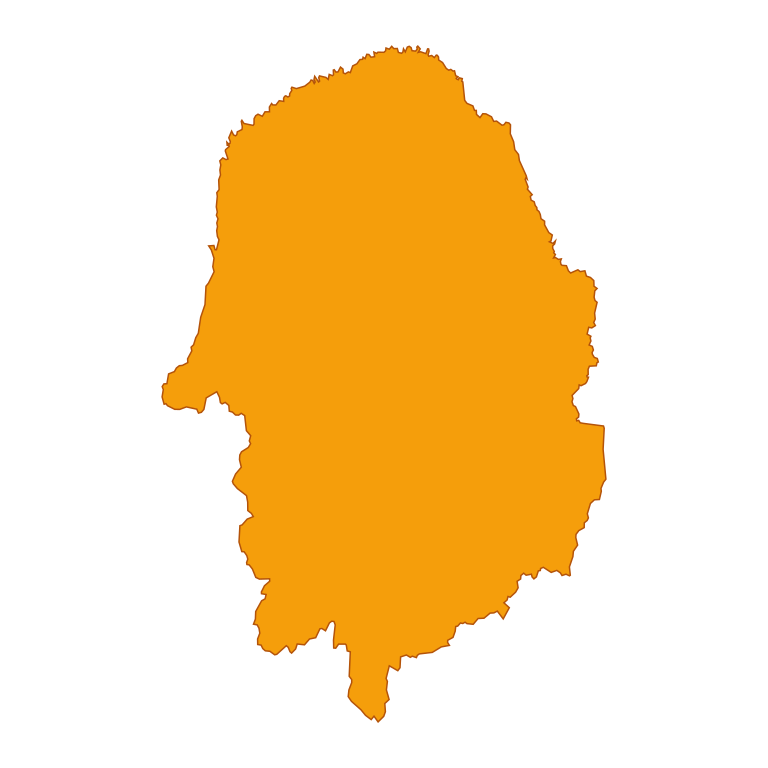 Betroka, Anosy, Madagascar (Equal Earth projection)
{"feature_id": "10022922B59412081262724", "entity_name": "Betroka", "entity_type": "district", "adm_level": 2, "iso_a3": "MDG", "parent_name": "Madagascar", "parent_adm1": "Anosy", "projection": "equal_earth", "projection_center": [45.864, -23.412], "detail": "fine", "context": "isolated", "style": "filled", "palette": "amber", "viewbox_px": 768, "rotation_deg": 0, "n_neighbors": 0, "source": "geoboundaries", "source_scale": "gbopen_adm2", "svg_char_len": 6020}
<svg xmlns="http://www.w3.org/2000/svg" viewBox="0 0 768 768"><path d="M211.3,249.9L214.0,258.3L212.8,266.7L214.1,271.7L208.5,283.1L206.0,286.2L205.0,304.6L200.7,317.3L198.3,333.3L195.8,337.6L193.6,344.8L191.1,347.2L191.8,350.9L187.6,358.8L187.8,362.6L182.4,365.4L179.3,365.7L176.4,368.0L174.4,371.6L168.6,373.9L166.9,383.7L163.9,383.9L162.2,386.6L163.3,389.6L162.1,396.9L164.1,404.2L166.0,403.7L167.5,405.7L174.7,409.3L179.7,409.4L186.4,406.9L196.8,409.2L198.5,413.1L201.4,412.3L203.9,409.4L206.2,397.9L216.8,391.7L219.5,397.3L220.4,402.6L222.1,403.9L225.2,402.4L228.8,405.4L229.3,411.2L232.5,412.1L235.5,415.0L238.7,415.1L241.2,413.3L244.7,415.6L246.4,430.7L250.7,435.7L249.3,440.9L250.6,443.7L248.3,447.5L241.5,451.8L239.8,455.0L239.5,459.7L241.3,467.2L235.6,474.0L232.4,481.3L233.3,483.8L237.4,488.6L246.5,495.6L247.7,502.2L247.8,510.6L251.4,513.4L253.3,516.6L247.2,519.1L242.1,524.9L239.9,525.7L239.0,542.0L241.8,551.6L244.2,551.8L246.8,555.6L247.8,559.1L246.6,562.5L246.9,564.5L249.2,564.9L252.4,569.0L255.8,577.4L259.4,579.1L269.6,578.8L269.7,581.2L264.5,585.7L261.4,591.9L261.5,593.7L266.1,594.5L265.1,598.8L261.6,600.8L255.7,611.5L255.4,619.1L253.5,624.2L257.2,624.9L259.0,628.3L259.8,633.2L257.6,639.0L257.7,644.5L261.1,645.1L262.8,648.6L265.3,650.8L269.9,651.3L274.7,654.8L276.8,654.3L286.3,645.7L288.2,647.3L290.0,651.7L291.6,653.1L295.6,649.0L297.2,644.0L304.5,644.8L309.5,639.0L315.7,637.7L319.9,628.8L321.9,628.5L325.5,630.8L329.4,622.9L331.8,621.2L334.0,621.5L335.2,624.9L333.5,640.1L333.7,648.0L335.7,648.2L338.6,644.1L345.4,644.1L346.3,645.1L347.2,650.9L350.3,651.8L349.2,676.3L351.7,679.6L351.7,682.6L348.9,690.0L348.2,696.6L351.5,701.4L361.0,709.8L365.5,715.3L371.2,719.6L374.0,716.2L378.1,721.9L383.7,716.4L385.4,711.7L384.8,703.5L389.1,699.5L386.4,689.9L387.4,681.4L386.1,678.5L389.3,665.8L397.8,670.7L400.0,667.7L400.6,656.9L406.4,655.0L410.3,657.3L412.3,656.2L416.4,657.6L417.3,655.4L419.3,653.9L432.3,652.4L441.3,646.9L449.4,645.4L447.6,642.4L447.7,640.3L453.0,637.4L455.2,631.2L455.7,626.5L457.7,626.1L460.4,623.0L462.8,623.5L465.1,622.2L466.9,623.6L473.2,624.3L478.1,618.5L484.0,618.2L490.1,613.1L493.9,612.9L497.3,611.1L503.2,618.9L509.3,607.7L503.9,602.8L507.1,600.0L508.0,596.5L510.2,597.2L515.6,592.2L518.1,587.8L517.1,581.3L520.6,579.0L520.9,575.5L523.7,573.2L526.1,575.2L531.4,574.2L532.1,577.0L533.9,578.9L536.4,576.9L538.3,570.9L540.3,570.5L540.6,568.5L543.3,567.3L551.2,572.4L556.8,570.4L560.3,572.8L562.0,575.5L566.0,574.2L569.5,575.8L570.3,575.2L569.4,566.9L572.9,556.6L573.4,551.3L577.6,545.1L575.8,537.6L576.0,534.4L578.8,530.6L584.2,527.6L584.3,522.8L587.2,520.4L588.4,517.9L587.3,513.8L590.4,503.5L594.4,499.8L599.4,499.5L601.3,491.3L601.0,488.4L603.6,482.1L605.9,479.2L603.1,449.3L604.2,428.3L603.5,426.0L583.5,423.4L580.2,422.8L578.7,420.4L576.7,420.8L576.4,418.8L578.6,417.1L578.9,414.0L575.5,406.6L573.3,405.5L572.0,401.7L572.9,398.6L572.1,395.4L578.7,388.6L579.2,384.9L581.0,385.7L585.5,383.5L586.8,381.7L588.5,377.2L587.0,376.9L586.8,375.7L588.2,374.6L588.1,369.3L589.4,366.2L596.3,365.8L596.9,362.8L598.3,362.0L597.3,358.5L594.3,357.4L592.4,354.3L592.1,352.5L593.4,350.0L592.3,346.4L589.1,345.0L590.9,341.0L590.2,337.9L590.9,336.3L587.1,334.1L588.7,327.3L591.8,327.9L595.4,325.6L593.7,322.5L595.2,319.1L594.6,313.1L597.1,302.3L595.0,300.5L594.1,297.2L594.8,290.8L597.1,288.5L594.0,286.2L593.8,280.6L590.5,277.5L586.4,276.1L584.9,270.8L580.2,271.6L577.9,269.8L570.6,273.0L568.4,270.8L566.4,265.7L561.9,265.3L560.9,264.2L560.4,261.5L561.3,258.9L558.4,259.4L555.4,257.5L553.6,257.9L555.4,254.5L553.7,252.8L554.3,251.5L552.7,248.4L552.7,245.8L554.6,244.0L555.4,240.9L553.0,243.4L549.4,241.8L551.0,240.9L552.3,235.0L548.8,232.6L544.6,224.9L544.6,221.2L541.0,218.7L540.3,214.5L539.0,211.5L537.0,209.8L536.8,207.5L535.2,205.5L534.2,201.8L531.1,200.1L530.3,196.4L532.2,194.7L527.4,189.2L528.1,187.0L525.2,179.3L525.9,177.8L527.1,179.0L526.2,175.7L519.4,160.6L518.5,154.5L514.8,149.7L513.6,141.7L510.3,133.8L510.5,124.8L509.0,123.0L505.9,122.3L503.9,124.8L502.0,125.2L496.6,121.1L493.7,121.4L491.5,116.8L486.0,113.9L482.8,113.7L480.0,117.6L476.5,114.4L476.3,110.4L474.5,110.4L472.9,105.9L467.0,103.4L464.7,100.3L462.8,81.9L461.8,81.3L462.3,78.6L459.2,77.8L458.3,79.7L456.8,79.1L456.2,78.4L457.9,76.7L455.7,75.7L454.5,70.8L453.1,71.1L450.8,69.4L448.8,70.2L446.3,68.5L442.6,62.6L438.7,60.0L438.5,57.0L437.3,55.3L436.3,55.1L434.3,57.6L431.7,55.5L428.7,56.2L428.1,54.9L429.1,51.1L428.6,48.9L427.6,48.9L425.9,53.6L420.6,51.8L418.2,52.4L420.2,48.9L417.8,46.1L416.8,47.1L417.2,49.1L415.6,51.1L412.0,50.7L411.1,47.6L409.2,46.3L407.3,47.1L405.3,51.9L403.5,48.8L402.9,52.0L401.6,53.3L398.4,52.4L397.3,48.5L393.8,48.6L391.7,46.3L389.3,49.2L386.0,48.0L385.6,50.8L384.0,52.3L377.9,52.2L376.7,53.4L373.9,52.1L374.6,56.7L371.0,57.2L368.9,54.5L366.8,54.3L365.1,58.6L363.1,57.2L362.6,59.3L359.9,59.6L356.9,63.8L352.7,65.9L350.3,72.6L348.4,71.9L345.3,73.8L343.3,72.9L343.0,69.1L340.5,67.1L338.0,71.9L336.0,72.1L334.2,69.7L333.3,70.1L333.5,74.8L332.5,75.7L329.2,74.4L328.2,79.4L325.9,77.4L319.5,75.9L318.7,77.6L319.6,81.1L318.6,82.0L314.7,76.3L314.0,79.4L315.2,82.0L314.2,83.5L312.7,80.5L311.1,80.0L309.8,82.2L304.8,86.1L296.4,88.6L291.9,87.2L291.2,88.4L291.8,90.4L289.7,93.7L289.6,96.0L287.9,97.0L285.8,95.8L284.6,96.4L283.6,98.2L283.7,101.4L279.2,100.7L275.9,105.0L272.7,104.9L271.6,103.5L269.4,107.0L269.5,111.8L265.0,111.8L262.3,116.3L258.0,114.2L255.7,115.7L254.1,118.6L254.0,124.1L253.1,125.4L244.0,123.5L241.9,120.3L241.3,121.3L242.3,126.8L242.0,129.5L237.3,131.8L236.8,134.7L235.6,135.8L233.6,135.0L231.6,131.1L228.8,137.8L230.3,141.5L230.0,143.3L228.9,144.2L226.9,142.2L227.2,145.3L228.9,145.4L229.2,146.5L225.6,149.6L225.3,151.0L228.0,159.0L226.0,159.6L222.8,157.9L219.8,160.9L220.8,164.9L219.9,170.0L220.5,175.0L218.7,179.9L219.1,189.6L216.8,192.7L217.3,196.3L216.3,206.9L217.3,212.1L216.4,215.2L218.0,218.8L216.8,223.0L217.5,226.6L216.7,230.6L217.4,236.4L219.0,239.8L216.5,249.7L215.0,249.7L213.9,245.5L208.7,245.9L211.3,249.9Z" fill="#f59e0b" stroke="#b45309" stroke-width="1.5"/></svg>